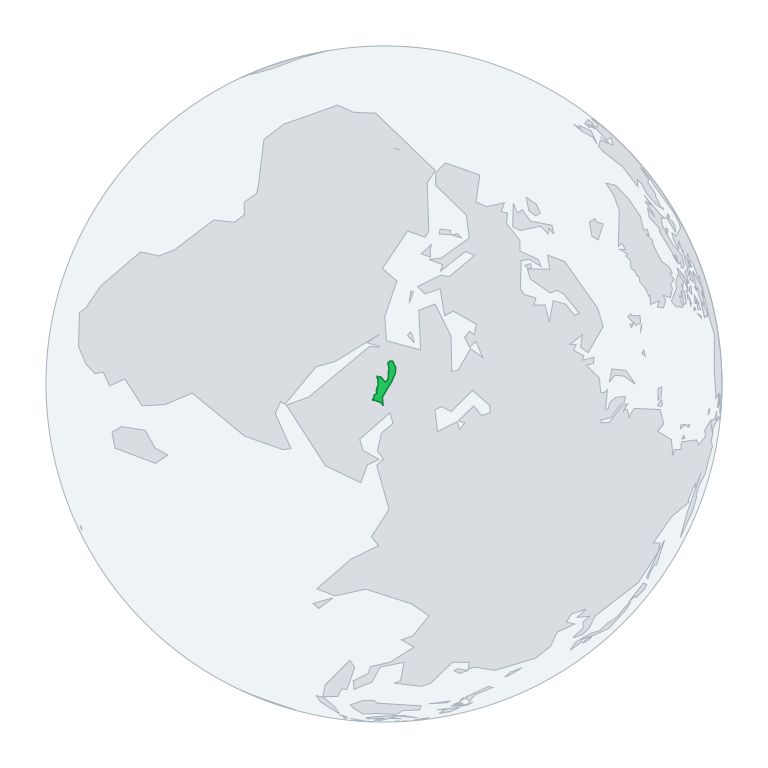 Al Hudud ash Shamaliyah highlighted on a globe, orthographic projection, rotated 82°
{"feature_id": "SAU-861", "entity_name": "Al Hudud ash Shamaliyah", "entity_type": "Region", "adm_level": 1, "iso_a3": "SAU", "parent_name": "Saudi Arabia", "parent_adm1": "", "projection": "orthographic", "projection_center": [42.216, 29.79], "detail": "fine", "context": "on_globe", "style": "filled", "palette": "green", "viewbox_px": 768, "rotation_deg": 82, "n_neighbors": 0, "source": "natural_earth", "source_scale": "10m", "svg_char_len": 13073}
<svg xmlns="http://www.w3.org/2000/svg" viewBox="0 0 768 768"><g transform="rotate(82 384 384)"><circle cx="384" cy="384" r="338" fill="#eef3f6" stroke="#a8b0b8"/><path d="M398.1,46.4L410.7,47.2L422.2,48.2L424.9,48.6L420.1,48.2L432.6,49.6L442.1,51.1L441.5,51.0L456.0,53.9L454.7,53.8L461.0,55.5L458.2,55.4L442.3,52.6L440.2,52.8L450.6,55.0L454.3,57.1L439.4,53.7L444.4,57.2L418.8,55.3L381.3,50.0L365.1,52.3L321.2,56.8L323.2,57.7L307.9,61.3L304.5,64.1L297.3,65.0L300.8,66.6L308.0,65.3L312.0,65.8L310.7,67.6L301.3,68.8L300.6,68.0L297.1,69.4L293.0,69.4L294.3,70.4L283.0,72.2L292.1,73.3L281.4,77.2L274.5,77.7L278.0,73.8L270.8,68.6L264.9,69.5L253.1,73.9L224.8,89.0L217.2,92.3L204.7,99.5L207.6,98.9L218.4,93.2L220.6,94.8L233.6,88.7L236.4,88.8L248.5,84.9L243.6,89.9L232.2,97.2L221.9,101.0L216.6,104.7L223.9,105.2L202.3,117.4L183.9,135.0L178.6,138.3L172.8,135.8L179.1,124.3L171.7,124.7L173.3,129.3L160.1,138.9L156.6,142.9L155.5,145.7L159.2,144.3L154.1,149.0L150.5,145.2L155.1,140.8L156.2,141.8L159.1,136.9L156.6,136.0L150.1,141.8L153.2,137.2L150.5,139.7L169.0,123.3L188.6,108.3L209.3,94.7L230.9,82.8L253.3,72.4L276.5,63.7L300.1,56.6L324.3,51.4L348.8,47.9L373.4,46.2L398.1,46.4ZM46.2,394.6L49.6,421.5L55.7,448.2L58.3,466.2L59.0,476.2L61.0,483.3L53.5,454.2L48.5,424.6L46.2,394.6ZM462.3,55.7L465.0,56.3L467.1,57.0L462.3,55.7ZM250.4,82.6L249.4,83.7L247.7,83.8L250.4,82.6ZM256.5,80.1L255.2,79.4L257.9,78.1L258.7,78.5L256.5,80.1ZM464.8,57.9L467.4,59.4L462.0,57.3L464.8,57.9ZM257.6,81.3L262.9,76.0L267.7,73.9L274.7,74.1L257.6,81.3ZM467.1,59.9L473.6,64.5L480.0,65.7L465.5,65.6L464.8,61.3L457.1,58.2L464.1,59.9L467.1,59.9ZM310.9,64.2L303.2,65.6L310.8,62.9L310.9,64.2ZM314.8,62.5L332.8,55.2L343.6,54.6L335.4,56.8L350.3,55.4L346.7,58.6L337.7,60.1L331.5,59.7L334.9,61.4L314.8,62.5ZM456.4,65.4L455.7,66.4L453.5,64.8L456.4,65.4ZM314.2,65.8L316.8,64.1L326.3,63.4L322.7,66.7L320.8,65.8L314.2,65.8ZM356.0,53.7L362.4,54.2L361.3,56.7L363.6,57.4L347.6,58.7L356.0,53.7ZM318.0,66.9L320.7,68.5L315.0,70.6L312.2,67.5L318.0,66.9ZM330.3,61.9L334.7,61.8L331.1,62.9L330.3,61.9ZM296.3,80.2L299.3,77.5L304.5,76.8L296.3,80.2ZM322.1,69.0L324.0,68.3L326.4,67.9L326.9,69.4L322.1,69.0ZM347.9,60.7L346.1,61.9L354.4,60.2L353.9,62.6L343.3,63.2L347.7,63.9L347.5,64.7L339.0,64.4L347.9,60.7ZM334.7,69.9L321.0,72.3L314.3,77.0L309.5,77.7L321.1,70.1L334.7,69.9ZM338.0,66.6L334.9,68.7L330.4,68.1L329.8,66.4L338.0,66.6ZM357.4,64.1L360.9,60.3L363.1,60.4L357.4,64.1ZM333.6,71.3L337.0,70.8L333.7,71.7L333.6,71.3ZM351.1,66.3L352.0,64.8L354.5,64.9L351.1,66.3ZM342.8,71.1L338.4,71.7L337.8,70.4L342.8,71.1ZM347.3,69.0L350.5,69.5L340.3,69.6L347.3,68.3L347.3,69.0ZM353.3,66.6L355.0,66.2L352.5,67.3L353.3,66.6ZM347.4,76.2L334.7,76.7L333.5,73.5L346.0,73.4L347.4,76.2ZM112.8,447.1L101.4,391.0L110.6,376.5L114.7,354.5L179.8,303.5L190.8,313.2L238.9,318.4L244.4,322.9L235.7,339.4L269.4,369.5L283.8,356.9L317.3,373.8L341.5,375.5L355.4,342.9L315.8,339.3L311.9,322.2L346.0,311.0L381.1,315.2L380.7,308.8L361.0,293.4L371.6,282.4L354.5,287.2L359.6,294.1L349.0,297.7L343.7,291.8L347.7,287.8L337.8,284.1L321.5,305.2L324.9,314.5L297.5,315.2L300.5,331.1L292.2,337.1L284.0,312.6L286.8,304.5L269.4,276.4L264.0,284.8L280.1,312.3L273.9,309.2L266.8,322.3L267.4,310.0L251.3,279.2L228.3,278.9L194.5,305.1L182.0,303.5L173.6,292.4L190.4,260.1L216.4,267.6L222.7,257.7L221.3,239.6L229.4,243.9L232.0,237.9L242.2,240.3L260.4,229.5L271.4,230.8L282.3,213.6L289.4,212.3L280.9,222.6L280.9,231.0L308.6,235.7L315.0,232.7L319.9,221.5L326.9,224.8L328.0,213.5L345.7,211.6L325.1,204.9L330.2,193.1L342.9,185.6L340.8,180.9L320.2,193.3L315.3,199.6L317.0,206.6L300.4,224.5L290.1,226.0L293.4,203.8L279.1,204.0L287.9,188.0L338.4,162.0L357.5,158.9L381.4,177.5L374.8,184.2L363.0,180.6L370.5,194.4L371.5,188.2L377.3,191.4L383.7,182.1L388.1,184.0L386.7,172.3L392.8,173.7L393.6,181.0L408.3,169.8L422.1,170.7L423.3,167.4L420.6,163.6L439.9,168.1L439.9,165.5L433.6,162.9L429.5,156.3L429.9,146.8L436.5,148.9L437.3,152.6L448.9,164.0L449.9,174.4L452.7,174.3L453.3,165.9L439.2,151.8L437.5,145.6L445.3,151.3L442.3,148.7L443.6,146.4L451.0,146.2L443.0,139.7L447.7,114.2L462.5,112.4L468.9,119.6L479.2,107.1L495.2,108.0L489.3,105.3L490.3,98.8L485.3,98.3L482.6,96.7L482.9,82.1L488.1,81.1L481.6,73.8L478.6,72.7L474.4,72.9L465.5,65.6L480.0,65.7L486.1,68.0L491.1,67.3L504.2,73.1L517.4,78.3L528.9,86.5L538.3,90.7L539.2,90.1L552.6,96.0L577.4,112.1L553.6,101.7L515.7,82.4L530.9,90.0L526.3,89.5L531.0,93.1L541.8,99.0L543.7,98.8L555.2,117.5L578.9,139.6L579.9,133.0L588.3,135.8L616.1,159.8L642.9,207.0L654.3,214.9L660.1,222.9L661.5,232.2L653.1,220.5L647.6,220.3L642.7,212.8L642.0,225.1L634.9,215.1L637.9,230.5L645.1,236.4L648.3,228.5L653.9,247.3L666.9,255.5L676.7,272.3L683.0,313.9L676.9,334.1L678.2,340.4L671.5,338.2L669.0,355.0L686.8,379.4L688.6,389.0L681.6,415.7L680.2,408.9L662.4,402.8L663.7,427.1L677.5,437.4L682.3,456.1L673.8,455.8L668.3,439.7L662.0,436.9L660.3,416.5L648.6,390.8L639.8,402.4L637.3,390.3L619.9,371.7L605.4,387.5L584.6,430.7L587.0,462.0L577.5,479.0L552.9,441.1L543.3,412.0L533.5,417.7L508.9,396.4L463.7,402.6L458.2,395.0L449.5,399.9L432.3,393.4L424.2,380.5L413.4,382.2L435.4,415.8L447.0,414.1L458.0,399.4L461.8,411.7L478.5,420.7L456.9,453.3L391.3,483.6L386.4,460.1L344.6,392.9L346.8,385.4L346.7,384.5L346.3,383.0L340.8,395.1L334.2,381.5L354.8,429.1L357.6,449.0L390.3,485.0L386.9,488.7L397.9,495.8L435.1,485.1L435.0,492.9L416.4,529.1L366.3,575.0L373.9,603.6L372.0,626.5L342.9,639.9L347.7,656.0L333.0,660.4L333.6,668.7L323.1,676.1L304.7,681.3L271.0,675.7L267.0,668.5L247.4,650.7L219.3,606.6L225.9,589.3L222.1,572.9L197.9,529.8L203.1,509.8L197.1,498.8L184.4,497.1L177.7,483.7L170.2,480.8L125.2,468.9L112.8,447.1ZM154.3,335.3L151.8,341.6L154.3,335.3ZM416.6,337.2L438.6,337.6L431.4,316.8L439.3,315.6L434.0,309.3L430.8,315.4L418.2,298.2L428.7,291.8L427.4,282.8L419.9,282.3L402.7,297.2L420.7,321.3L414.4,330.1L416.6,337.2ZM160.4,139.0L160.5,139.5L158.3,143.0L157.2,142.8L160.4,139.0ZM161.4,152.7L153.0,160.1L158.2,154.2L155.1,154.7L162.1,143.7L176.3,139.4L168.6,143.0L161.4,152.7ZM175.4,129.0L169.4,135.7L175.4,128.6L175.4,129.0ZM236.5,205.4L238.6,210.4L232.8,216.4L219.0,217.1L227.2,208.2L236.5,205.4ZM243.1,216.4L250.2,195.6L259.2,195.1L252.9,198.8L258.1,200.5L249.5,207.0L251.0,227.8L246.0,234.7L223.1,230.8L233.4,227.9L230.6,222.8L243.1,216.4ZM252.8,151.3L256.0,144.5L271.1,151.9L266.4,157.6L252.3,158.0L249.6,151.7L252.8,151.3ZM269.0,83.5L269.2,82.0L271.8,81.4L273.7,82.3L269.0,83.5ZM297.3,79.0L270.6,90.3L269.5,88.9L255.2,98.3L246.8,98.5L256.4,92.2L239.2,100.0L244.4,94.4L233.1,100.3L255.3,86.3L259.3,82.3L258.0,86.5L265.6,86.2L270.1,84.9L285.9,78.6L298.4,70.9L307.9,70.2L311.3,71.8L309.8,73.5L304.1,73.2L306.1,75.8L296.7,76.9L297.3,79.0ZM345.9,102.7L339.9,99.7L342.4,108.9L333.0,108.4L333.9,109.5L325.8,111.8L317.6,116.8L313.8,115.8L312.3,118.2L306.9,120.1L303.6,123.3L295.5,122.9L290.7,126.9L289.6,124.5L283.5,131.7L284.4,126.2L277.6,128.8L280.3,132.7L245.0,126.9L229.5,130.1L216.0,136.2L219.4,127.2L234.2,116.3L253.8,106.7L268.2,105.4L267.1,102.1L273.7,100.7L271.8,103.9L278.7,98.2L283.6,98.1L301.0,92.2L307.9,85.1L314.4,83.1L314.2,85.9L320.8,82.1L324.8,86.2L329.6,85.1L338.3,88.5L335.1,95.2L340.6,93.5L347.5,96.6L345.9,102.7ZM349.6,77.3L347.9,84.4L341.9,87.9L329.3,80.7L324.4,81.1L316.1,77.5L325.0,72.7L326.5,74.1L330.1,74.4L325.9,75.7L332.0,74.9L334.3,77.0L339.6,77.0L337.6,79.2L349.6,77.3ZM252.5,317.7L257.1,319.5L264.7,320.3L260.4,329.0L252.5,317.7ZM241.1,296.8L245.5,296.7L243.1,308.4L238.3,306.9L241.1,296.8ZM250.1,287.1L246.0,295.8L245.3,290.2L250.1,287.1ZM285.2,222.2L290.2,221.7L289.9,224.5L286.2,228.1L285.2,222.2ZM351.3,133.2L348.8,130.1L350.8,129.0L352.0,121.1L359.1,121.4L361.1,126.3L351.3,133.2ZM347.5,348.2L339.3,354.0L336.2,350.6L339.6,349.3L347.5,348.2ZM296.9,342.1L307.5,347.9L295.6,344.4L296.9,342.1ZM359.2,132.1L358.9,128.7L362.6,131.0L359.2,132.1ZM364.4,121.3L369.1,123.2L360.1,120.5L364.4,121.3ZM484.4,703.2L486.8,703.5L481.5,704.9L484.4,703.2ZM430.8,621.3L410.1,659.3L393.7,660.0L389.7,649.7L396.6,627.0L415.3,619.6L424.2,608.2L430.8,621.3ZM708.4,470.6L710.2,467.6L709.9,469.1L708.4,470.6ZM706.7,470.5L709.3,466.0L705.6,474.3L706.7,470.5ZM710.3,464.2L713.0,456.6L714.1,452.2L713.5,455.4L710.3,464.2ZM704.5,473.9L690.0,491.1L683.3,494.3L685.7,487.8L696.5,478.0L704.5,473.9ZM685.1,488.2L673.9,484.2L652.9,456.4L660.6,452.4L681.3,463.3L680.2,468.5L687.0,473.4L685.1,488.2ZM709.3,436.9L707.9,450.9L700.7,459.5L696.9,461.8L694.4,448.2L695.9,438.1L699.2,434.8L707.9,392.0L711.7,394.1L710.0,410.6L712.9,417.8L709.3,436.9ZM588.7,464.4L597.2,479.8L591.5,484.8L588.7,464.4ZM708.3,366.1L706.9,384.4L707.2,362.4L708.3,366.1ZM706.6,347.1L708.3,353.2L705.6,349.4L706.6,347.1ZM681.1,349.3L677.7,354.5L676.2,350.1L679.4,340.9L681.1,349.3ZM684.2,286.9L689.8,300.0L691.1,305.2L686.9,299.1L684.2,286.9ZM419.2,135.1L409.6,145.3L407.4,154.0L413.5,160.6L400.8,156.2L404.2,142.7L419.2,135.1ZM443.5,116.2L438.0,111.4L443.0,111.2L444.9,112.3L443.5,116.2ZM438.3,114.9L426.8,113.4L425.4,109.3L434.8,111.2L438.3,114.9ZM392.8,121.4L389.5,124.2L386.5,122.1L392.8,121.4ZM666.8,569.0L671.1,561.9L672.1,560.4L680.2,545.3L694.7,516.8L681.9,543.5L666.8,569.0ZM712.7,461.3L716.3,445.1L717.1,441.0L712.7,461.3ZM721.8,392.9L721.7,393.8L721.9,390.0L721.8,392.9ZM720.0,415.2L719.7,419.0L719.4,418.4L720.0,415.2ZM721.0,409.4L720.4,414.0L720.6,410.5L721.0,408.5L721.0,409.4ZM714.5,417.8L715.3,424.0L717.9,413.1L715.9,424.9L716.6,434.3L715.6,440.6L715.1,430.1L713.3,446.4L712.0,448.7L712.3,437.3L714.0,419.2L715.2,410.3L719.3,397.1L714.5,417.8ZM721.0,400.7L720.7,392.9L720.7,385.4L721.2,388.5L721.0,400.7ZM717.9,375.3L715.0,368.9L713.9,377.1L714.7,353.9L717.6,363.8L717.9,375.3ZM713.1,355.3L712.2,362.8L712.1,350.2L713.1,355.3ZM711.1,360.1L709.3,353.0L710.9,351.1L711.1,360.1ZM713.9,353.7L711.4,340.3L713.6,346.3L713.9,353.7ZM704.5,337.6L710.5,343.5L705.4,346.5L698.0,322.7L699.7,318.6L704.5,337.6ZM668.3,223.6L663.9,218.0L663.4,213.5L666.6,218.5L668.3,223.6ZM657.6,196.0L661.8,210.6L664.5,223.5L666.9,224.2L673.5,236.7L666.1,229.9L659.3,213.0L658.5,205.3L652.0,195.8L647.4,186.0L638.4,176.3L634.3,170.1L642.2,176.9L657.6,196.0ZM634.5,172.5L617.2,154.7L619.2,151.7L623.5,154.8L630.6,164.0L629.1,165.1L634.5,172.5ZM613.6,149.8L612.0,150.9L583.2,132.4L577.6,127.9L600.6,139.0L600.3,140.8L607.0,146.3L613.6,149.8ZM459.3,67.1L456.0,66.4L458.6,66.2L459.3,67.1ZM479.9,96.6L476.6,94.3L479.7,93.7L479.9,96.6ZM469.2,87.9L467.9,90.2L466.5,86.9L469.2,87.9ZM465.7,95.7L466.1,90.7L469.7,96.8L465.7,95.7Z" fill="#d9dde1" stroke="#a8b0b8" stroke-width="1"/><path d="M368.7,370.1L369.7,370.2L370.7,370.4L371.7,370.6L372.7,370.8L373.1,370.9L374.8,371.3L375.0,371.4L375.3,371.5L375.8,371.9L376.3,372.1L376.7,372.4L377.1,372.7L377.6,372.9L378.0,373.2L378.4,373.5L378.9,373.7L379.3,374.0L379.8,374.3L380.2,374.5L380.6,374.8L381.1,375.1L381.5,375.3L382.0,375.6L382.4,375.9L382.8,376.1L383.3,376.4L383.6,376.7L384.1,377.1L384.5,377.4L384.9,377.8L385.3,378.2L385.8,378.6L386.3,379.0L386.8,379.4L386.9,379.5L387.3,379.8L387.8,380.3L388.3,380.6L388.7,381.0L389.2,381.4L389.6,381.7L390.2,382.2L390.8,382.7L391.4,383.1L392.0,383.6L392.2,383.8L392.6,384.1L393.2,384.5L393.8,385.0L394.4,385.5L394.8,385.9L395.3,386.2L395.8,386.6L396.3,387.0L396.7,387.3L396.8,387.3L397.3,387.4L397.8,387.4L398.2,387.5L398.6,387.5L399.0,387.5L399.5,387.6L400.0,387.6L400.6,387.6L401.1,387.7L401.6,387.7L402.2,387.7L402.7,387.8L403.2,387.8L403.6,387.8L404.0,387.8L404.4,387.9L404.8,387.9L405.3,387.9L405.6,387.8L403.2,388.9L402.5,389.3L402.0,389.8L401.6,390.3L401.3,390.8L399.6,394.3L399.3,394.6L398.5,395.7L398.4,395.9L398.3,396.3L398.2,396.4L398.2,396.5L398.3,396.9L398.4,397.1L398.5,397.1L398.3,397.5L398.2,397.5L397.9,397.6L397.7,397.5L397.6,397.4L397.5,397.2L397.4,397.1L397.3,396.9L396.4,396.1L396.0,395.9L395.9,395.9L394.3,395.7L394.1,395.6L393.9,395.5L393.8,395.4L393.7,395.3L393.5,395.0L393.0,393.9L392.1,392.3L392.0,392.2L391.9,392.1L391.6,392.1L390.9,392.5L390.6,392.6L390.4,392.6L390.2,392.6L389.6,392.3L389.3,392.2L388.8,392.3L388.7,392.3L388.5,392.2L388.3,392.1L388.2,392.0L388.1,391.8L388.1,391.7L388.1,391.2L387.9,391.0L387.7,391.0L387.4,391.1L387.0,391.3L386.9,391.4L386.7,391.4L386.5,391.5L386.3,391.4L386.1,391.3L385.9,391.2L385.1,390.3L385.0,390.2L384.9,390.2L384.7,390.1L382.9,389.7L382.2,389.7L381.6,389.8L381.4,389.9L381.1,389.8L379.9,389.4L379.7,389.4L379.1,389.4L376.4,390.0L376.2,390.0L375.9,389.9L375.4,389.7L376.1,389.0L376.2,388.8L376.2,388.7L376.3,388.6L376.4,386.6L376.5,386.4L376.7,386.2L376.8,386.0L377.3,385.6L381.6,383.0L382.1,382.6L382.3,382.4L382.4,382.2L382.3,381.9L381.5,381.3L381.3,381.1L381.2,381.0L381.0,380.7L380.8,380.2L380.6,379.9L380.3,379.7L380.2,379.6L379.6,379.5L379.2,379.5L378.9,379.5L378.7,379.4L377.6,378.5L377.4,378.5L377.2,378.4L376.7,378.4L376.4,378.4L373.7,378.3L373.2,378.2L372.9,378.1L372.5,377.7L372.4,377.6L372.1,377.5L368.7,376.9L368.0,376.9L366.5,377.1L364.2,377.2L363.8,377.1L363.6,377.1L363.4,376.9L363.2,376.5L363.1,376.3L363.0,376.0L362.8,375.8L362.7,375.6L362.2,375.3L362.2,375.2L362.1,374.8L362.1,374.5L362.1,374.3L362.8,372.0L363.8,371.8L364.9,371.5L366.0,371.2L367.2,370.9L367.7,370.8L367.9,370.7L368.5,370.2L368.7,370.1Z" fill="#22c55e" stroke="#15803d" stroke-width="1.5"/></g></svg>